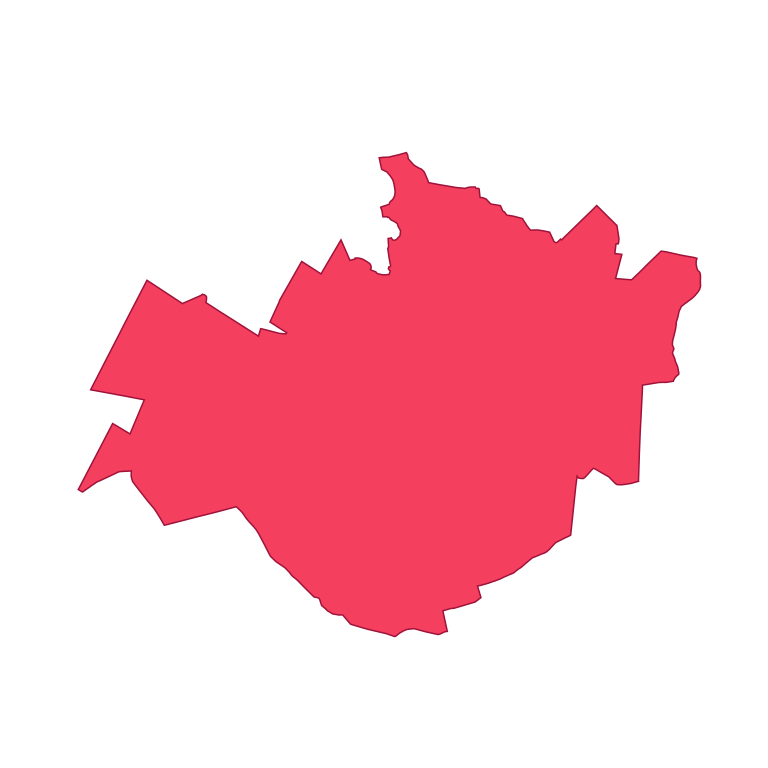 outline of Terebesti, Satu Mare, Romania, rotated 199°
{"feature_id": "2599482B23663096726600", "entity_name": "Terebesti", "entity_type": "district", "adm_level": 2, "iso_a3": "ROU", "parent_name": "Romania", "parent_adm1": "Satu Mare", "projection": "mercator", "projection_center": [22.739, 47.671], "detail": "fine", "context": "isolated", "style": "filled", "palette": "rose", "viewbox_px": 768, "rotation_deg": 199, "n_neighbors": 0, "source": "geoboundaries", "source_scale": "gbopen_adm2", "svg_char_len": 6159}
<svg xmlns="http://www.w3.org/2000/svg" viewBox="0 0 768 768"><g transform="rotate(199 384 384)"><path d="M243.6,170.7L254.5,188.7L248.0,193.3L244.4,195.0L226.9,207.5L222.8,213.6L229.8,223.4L227.3,224.9L220.8,229.4L218.0,231.6L216.7,232.7L215.6,233.4L210.9,237.3L207.3,240.9L204.7,243.2L203.8,244.2L201.8,245.8L200.2,247.3L199.3,248.6L197.2,252.0L194.7,255.2L192.7,258.6L191.7,260.5L190.6,262.1L189.4,264.3L187.0,268.1L184.3,270.3L183.8,270.9L182.5,271.9L181.4,272.9L179.9,274.4L178.0,275.8L176.8,276.9L175.4,278.6L174.8,279.8L174.1,280.8L170.3,289.4L169.4,290.6L163.1,297.1L158.9,301.1L158.3,301.9L169.4,349.9L171.4,359.6L169.8,358.5L168.8,358.5L167.9,358.6L166.4,359.0L165.2,359.3L164.6,359.7L163.7,360.9L162.0,364.7L160.7,367.9L159.0,371.7L158.8,372.1L158.2,372.5L155.6,372.2L149.8,371.0L143.1,369.8L141.2,369.4L133.4,365.5L131.6,364.8L130.8,364.8L128.6,365.4L127.2,365.8L124.8,366.9L118.4,370.2L111.6,374.9L112.0,375.8L119.6,400.4L125.9,421.3L131.8,441.9L138.3,464.4L139.3,467.0L124.8,474.8L121.6,476.1L117.8,477.4L111.3,480.8L111.4,481.6L110.8,484.8L110.0,486.6L108.9,488.4L108.5,489.3L108.6,489.6L108.8,490.4L109.5,491.7L110.0,492.2L110.5,493.4L111.8,495.6L112.8,496.9L115.9,500.3L117.1,502.3L119.7,505.3L121.2,506.9L121.5,508.8L121.3,510.0L121.3,511.2L121.4,511.8L123.4,514.1L124.2,515.2L124.8,517.4L125.2,519.6L125.4,522.1L125.6,525.0L126.2,530.6L127.0,535.1L127.8,537.5L127.9,542.7L128.6,548.3L128.6,550.2L128.3,551.4L128.3,551.9L128.2,553.9L127.1,555.7L126.2,557.1L125.0,558.9L124.6,559.4L122.4,562.7L121.3,564.2L120.0,566.4L118.8,568.7L118.0,570.8L117.3,572.5L116.7,574.8L116.4,576.0L116.4,577.3L116.6,579.8L117.6,582.3L118.6,585.0L119.3,587.5L120.3,590.1L121.1,591.5L121.8,592.4L122.9,593.0L124.0,593.4L124.9,594.2L126.2,595.9L126.8,597.1L127.8,598.7L128.2,599.8L128.6,601.1L128.9,602.2L129.0,604.7L132.5,604.5L142.6,602.9L146.3,602.4L151.7,601.8L160.5,600.8L165.2,599.9L174.8,581.1L175.9,578.6L179.1,572.2L181.2,568.2L183.1,564.4L183.8,563.3L184.5,562.9L199.4,559.1L201.3,584.0L208.2,582.5L210.0,590.8L210.3,591.9L210.3,592.0L210.1,592.2L209.7,592.4L209.1,592.5L208.2,592.7L208.2,594.1L208.9,597.0L209.3,598.2L213.5,606.2L215.5,609.9L215.8,610.0L216.0,609.9L233.9,618.6L234.5,618.9L241.0,622.0L243.9,616.0L253.1,597.8L263.1,578.0L264.2,578.5L266.2,574.6L266.7,574.1L267.2,573.8L267.8,573.7L268.8,573.7L269.5,574.0L270.0,574.4L276.8,581.5L282.4,580.8L287.3,580.0L290.2,579.2L294.0,577.8L295.2,577.2L295.9,577.4L296.9,577.9L301.2,580.8L301.6,581.3L306.0,584.6L306.3,585.2L307.1,585.5L315.5,584.9L318.9,584.4L322.7,583.7L323.1,583.8L325.5,585.5L326.2,585.9L328.0,586.2L331.7,590.3L332.1,590.5L332.5,590.5L341.4,589.0L342.7,589.5L346.6,591.6L347.4,592.0L347.9,592.2L349.4,592.2L350.7,592.3L353.6,591.8L354.0,591.8L357.4,599.1L357.9,599.7L358.3,599.7L360.2,599.0L360.7,598.9L361.0,599.2L361.4,599.6L362.0,600.0L363.8,599.3L366.1,598.5L367.9,597.6L369.0,597.0L370.7,595.5L378.4,593.6L380.6,593.1L384.0,592.6L396.6,590.5L407.4,588.9L407.8,589.5L408.8,590.8L414.8,597.4L416.0,598.1L418.4,599.3L420.9,599.5L425.3,600.3L427.2,600.9L430.1,602.4L434.3,604.8L436.3,608.4L438.2,610.1L441.8,607.6L444.2,605.9L451.8,601.1L453.1,600.2L454.8,599.5L459.1,597.9L459.2,597.7L462.2,596.4L457.7,588.8L456.2,586.4L455.6,586.1L452.4,585.7L450.8,585.6L449.2,584.8L445.9,582.8L443.3,580.9L442.0,579.6L440.9,578.2L439.7,576.4L437.8,572.9L437.1,571.6L436.4,570.2L435.9,568.6L435.4,566.6L435.3,564.9L435.5,563.0L435.7,562.0L435.9,561.3L436.6,559.8L437.1,559.2L437.4,558.6L437.7,556.8L437.6,556.1L437.6,555.8L437.7,555.6L439.3,554.3L444.3,550.5L444.7,550.1L444.6,549.9L443.2,548.2L442.0,546.6L439.7,542.1L439.5,541.8L439.3,541.7L439.1,541.7L435.4,543.2L435.1,543.0L434.8,542.8L434.5,542.8L434.0,543.0L433.2,543.0L432.6,542.5L431.7,541.9L431.1,541.5L430.5,541.4L429.3,541.2L428.1,541.2L423.9,540.1L423.5,539.8L423.4,539.6L422.2,537.9L418.3,534.3L418.2,534.1L417.4,530.7L417.2,529.5L417.4,528.8L417.5,528.4L418.2,527.3L418.4,526.7L418.5,526.3L419.0,525.2L419.4,524.7L420.0,524.0L420.5,523.6L421.3,523.2L421.8,523.1L422.6,523.1L423.1,523.3L423.6,523.7L424.3,524.3L424.7,524.6L425.8,523.7L427.5,523.0L427.1,521.9L424.5,515.7L424.4,515.0L424.4,514.5L424.5,513.8L424.6,513.4L421.6,507.5L419.4,503.4L416.3,498.0L416.3,497.3L416.5,496.8L416.9,496.5L417.6,496.2L417.4,494.5L416.1,493.4L414.9,492.9L414.8,489.2L415.3,489.1L418.0,487.8L419.6,487.2L421.0,486.8L422.2,486.6L423.3,486.6L425.2,486.2L425.6,486.2L426.9,486.5L427.4,486.8L428.1,487.3L428.5,487.4L432.4,487.5L434.1,487.8L434.0,488.2L433.9,489.0L434.0,490.0L434.3,490.6L435.0,491.7L435.6,492.4L436.5,493.1L437.2,493.4L440.7,494.3L443.1,494.8L444.9,495.1L446.0,495.1L447.7,495.0L449.3,494.7L450.5,494.4L452.3,493.6L451.9,493.0L456.4,489.8L471.6,506.3L479.4,467.6L480.1,467.8L501.7,473.1L501.8,472.8L510.0,428.9L509.8,427.8L512.0,405.5L492.7,400.8L493.1,399.4L499.5,397.8L508.6,397.1L515.1,396.6L518.6,396.2L518.3,388.4L562.0,398.8L578.9,403.0L579.0,404.0L579.3,406.0L579.7,407.3L580.0,408.3L580.6,409.0L581.2,409.4L582.5,409.8L583.6,409.8L584.2,409.6L584.9,409.8L585.3,409.0L586.6,407.5L600.0,395.2L600.6,394.4L641.9,404.9L649.2,355.1L650.6,344.8L655.2,313.0L657.8,294.7L659.5,283.0L623.7,288.4L605.5,291.0L607.9,254.1L627.7,258.3L638.7,184.6L633.9,183.7L627.7,192.3L623.4,198.1L620.7,200.5L612.2,208.7L606.3,214.5L604.2,215.6L594.6,219.5L593.1,214.6L591.7,212.4L589.9,209.9L585.2,206.7L569.4,196.4L564.3,193.4L560.3,191.0L555.6,187.3L551.7,184.1L545.7,178.9L518.6,196.8L500.3,208.7L483.7,219.9L478.0,217.3L475.3,215.7L470.2,211.9L466.0,209.4L460.7,206.6L457.4,204.6L454.0,201.8L445.5,193.9L437.2,185.9L435.3,184.2L434.0,183.5L428.4,180.9L418.1,178.1L415.5,176.9L411.8,174.9L409.4,173.2L407.1,172.1L404.1,171.1L401.4,170.0L395.0,166.7L381.8,160.3L380.6,159.9L379.8,159.9L377.7,160.3L376.4,160.3L375.4,160.0L374.7,159.4L371.9,155.6L370.8,154.2L366.0,152.4L363.8,151.2L357.7,149.9L351.4,150.9L350.5,151.2L349.0,151.9L348.2,152.1L347.4,151.9L337.6,146.1L336.9,146.0L329.3,146.3L319.3,146.8L300.4,148.7L293.5,148.7L292.3,148.6L291.6,148.8L291.0,149.1L288.1,153.6L284.8,157.3L282.1,159.6L275.8,162.5L264.7,163.2L254.7,164.3L251.0,164.8L249.2,166.2L245.9,169.5L243.6,170.7Z" fill="#f43f5e" stroke="#9f1239" stroke-width="1.5"/></g></svg>